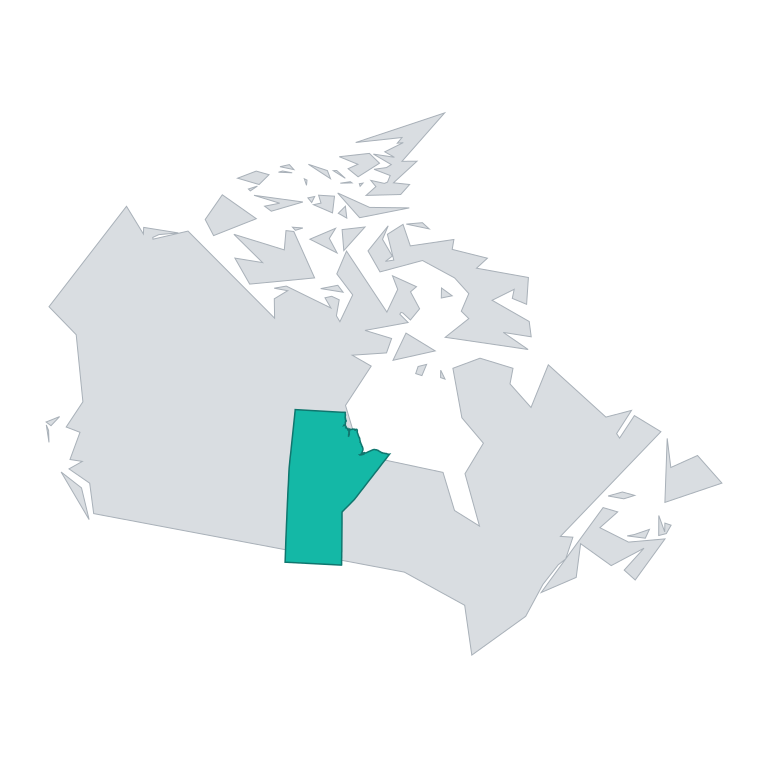 Canada, with Manitoba highlighted
{"feature_id": "CAN-630", "entity_name": "Manitoba", "entity_type": "Province", "adm_level": 1, "iso_a3": "CAN", "parent_name": "Canada", "parent_adm1": "", "projection": "albers", "projection_center": [-94.63, 54.496], "detail": "fine", "context": "in_parent", "style": "filled", "palette": "teal", "viewbox_px": 768, "rotation_deg": 0, "n_neighbors": 0, "source": "natural_earth", "source_scale": "10m", "svg_char_len": 8403}
<svg xmlns="http://www.w3.org/2000/svg" viewBox="0 0 768 768"><path d="M82.9,401.8L76.2,334.7L49.0,306.7L126.5,206.3L143.4,234.0L143.7,227.4L178.3,232.9L158.9,234.6L152.8,237.4L153.0,239.2L188.0,231.1L274.6,318.2L274.3,298.8L287.7,290.7L274.2,288.2L286.3,286.1L330.9,308.0L325.0,297.8L331.7,296.3L339.2,299.8L336.4,315.8L339.9,321.7L352.7,294.9L336.8,273.9L346.5,251.1L386.9,312.1L397.7,289.4L392.5,275.8L416.5,286.7L410.5,291.8L419.6,308.8L410.4,320.0L402.8,312.9L401.0,312.4L399.8,314.2L408.1,322.5L365.0,330.4L391.6,338.5L386.5,352.9L352.2,355.2L371.2,366.1L345.5,405.4L360.3,454.8L443.0,472.4L454.5,510.5L479.5,526.1L465.0,473.7L483.4,443.2L461.9,417.8L452.9,368.3L480.0,358.2L513.0,368.3L510.0,383.9L531.0,407.5L548.3,364.8L605.9,417.1L631.5,410.4L616.6,433.6L619.6,438.1L634.4,415.6L660.9,431.7L560.4,536.4L572.9,537.2L565.7,558.9L558.2,564.8L542.9,584.4L525.7,616.3L471.8,655.1L464.7,605.3L404.3,572.1L93.7,513.6L89.7,483.2L69.0,468.9L82.3,461.4L70.0,459.5L80.0,432.3L66.2,427.0L82.9,401.8ZM385.4,261.4L393.8,260.1L387.4,234.3L403.0,224.4L410.3,245.9L453.9,239.5L452.2,249.4L487.4,258.2L476.5,268.2L528.4,277.5L526.6,304.3L512.3,298.4L514.2,289.3L492.1,300.3L529.2,321.5L531.2,336.8L503.3,332.4L528.1,349.5L445.2,337.3L468.8,318.6L461.3,311.2L468.8,293.6L454.6,277.9L422.5,260.5L380.0,271.9L368.0,250.9L388.2,225.8L382.5,239.3L392.3,256.1L385.4,261.4ZM355.7,142.5L444.6,112.9L402.0,161.3L417.0,161.2L393.5,182.8L409.6,184.5L400.7,194.5L366.1,195.4L375.9,186.6L370.8,180.4L384.4,183.4L387.5,182.1L390.2,175.5L374.0,169.3L386.4,167.6L391.3,164.6L373.4,154.1L394.4,157.3L384.8,151.8L403.3,142.6L397.3,143.2L402.0,137.5L355.7,142.5ZM233.9,234.3L284.3,249.9L286.0,230.6L293.8,231.5L314.6,277.9L249.7,284.1L234.9,258.1L262.6,262.6L233.9,234.3ZM611.2,565.6L580.6,543.7L576.2,577.4L541.2,592.5L603.1,507.6L617.7,511.9L599.9,527.7L628.5,542.1L665.0,538.9L635.2,580.0L624.2,570.1L644.0,548.2L611.2,565.6ZM222.3,194.8L256.3,218.7L213.6,235.6L205.2,219.5L222.3,194.8ZM339.3,156.7L369.4,153.4L379.5,163.2L358.1,176.8L348.1,168.7L357.9,164.3L339.3,156.7ZM337.7,193.0L369.6,207.4L409.3,207.9L359.6,217.7L337.7,193.0ZM254.0,195.3L302.9,202.0L271.3,211.2L264.6,206.2L279.7,203.2L254.0,195.3ZM667.2,438.4L670.8,467.5L697.5,455.5L721.9,483.1L664.9,502.4L667.2,438.4ZM309.9,239.2L335.6,228.3L329.3,238.4L337.1,253.0L309.9,239.2ZM393.0,360.3L406.0,333.1L435.2,350.9L393.0,360.3ZM342.1,229.6L365.0,227.0L343.8,250.6L342.1,229.6ZM269.0,174.7L259.1,184.5L237.6,178.2L256.2,171.1L269.0,174.7ZM334.5,196.2L332.5,212.9L313.5,204.7L321.0,203.1L318.6,195.2L334.5,196.2ZM308.4,164.3L327.4,170.6L330.5,178.7L308.4,164.3ZM61.1,472.0L81.5,487.9L89.1,519.6L61.1,472.0ZM406.3,224.1L422.4,222.7L429.2,228.9L406.3,224.1ZM320.7,288.6L337.8,285.3L343.1,292.2L320.7,288.6ZM345.4,206.2L346.8,218.1L338.3,213.3L345.4,206.2ZM336.7,170.5L345.3,178.3L333.3,170.7L336.7,170.5ZM441.5,288.0L452.2,295.8L441.3,298.0L441.5,288.0ZM282.6,171.0L292.2,172.8L278.5,172.2L282.6,171.0ZM302.9,228.0L295.4,230.3L292.5,227.2L302.9,228.0ZM658.8,515.5L664.7,531.9L664.9,523.1L671.1,525.2L666.3,533.6L658.7,535.5L658.8,515.5ZM289.4,164.6L293.9,169.6L280.0,166.7L289.4,164.6ZM634.7,495.4L623.8,498.8L608.1,496.0L622.4,492.0L634.7,495.4ZM426.6,364.4L421.9,375.6L415.7,373.6L418.1,366.5L426.6,364.4ZM46.1,422.0L59.6,416.6L51.0,425.7L46.1,422.0ZM340.3,183.2L350.3,181.7L352.0,182.9L340.3,183.2ZM314.7,196.5L311.7,202.5L307.9,197.9L314.7,196.5ZM627.2,535.9L634.2,534.6L649.4,529.4L645.3,538.2L627.2,535.9ZM440.7,370.2L445.0,379.1L440.6,377.6L440.7,370.2ZM257.4,186.1L250.3,190.9L248.4,189.0L257.4,186.1ZM363.0,183.1L360.1,186.3L359.3,183.7L363.0,183.1ZM307.0,180.1L306.5,185.3L304.3,178.8L307.0,180.1ZM46.3,424.9L48.6,430.5L49.0,442.4L46.3,424.9Z" fill="#d9dde1" stroke="#a8b0b8" stroke-width="1"/><path d="M341.4,565.1L285.1,562.2L285.2,559.7L285.3,556.7L285.6,547.8L285.7,544.8L285.8,541.9L285.9,538.9L286.3,529.9L286.4,527.0L286.5,524.0L286.8,518.0L286.9,515.1L287.0,512.1L287.3,506.1L287.4,503.1L287.7,497.2L287.8,494.2L288.1,488.2L288.3,485.3L288.6,479.3L288.7,476.3L289.0,470.4L289.2,467.4L289.7,462.3L290.2,457.3L290.8,452.3L291.3,447.2L294.6,415.9L294.9,412.8L295.1,411.2L295.2,409.6L342.1,412.3L345.2,412.3L345.3,412.4L345.2,412.6L345.1,412.8L345.1,413.0L345.2,413.3L345.2,413.5L345.2,413.9L345.4,414.5L345.3,414.8L345.4,415.1L345.4,415.4L345.4,415.7L345.3,415.8L345.2,416.1L345.3,416.9L345.3,417.0L345.2,417.1L345.1,417.3L345.2,417.6L345.2,417.8L345.3,418.0L345.5,418.2L345.5,418.3L345.4,418.4L345.3,418.5L345.3,418.9L345.3,419.0L345.5,419.1L345.5,419.3L345.5,419.5L345.6,419.8L345.8,420.0L345.7,420.1L345.7,420.6L345.8,420.6L345.8,420.8L345.8,421.0L345.7,421.3L345.8,421.4L346.1,421.2L346.1,421.3L345.9,421.6L345.7,421.6L345.7,421.8L345.8,421.8L345.5,421.9L345.4,422.0L345.5,422.2L345.4,422.4L345.3,422.5L345.4,422.8L345.4,423.0L345.4,423.3L345.3,423.5L345.4,423.8L345.3,424.2L345.3,424.3L345.3,424.8L344.9,425.0L344.5,425.0L344.0,425.0L343.8,425.4L344.0,425.3L345.1,425.2L345.2,425.3L345.2,425.5L345.2,425.8L345.5,426.0L345.8,426.1L346.0,426.4L346.1,426.8L346.0,427.1L346.0,427.3L345.8,427.7L345.7,427.8L345.7,428.0L345.7,428.3L345.6,428.5L346.1,427.9L346.3,427.8L346.6,427.8L347.0,428.2L347.3,428.4L347.5,428.7L347.6,429.0L347.7,429.7L347.8,430.0L348.1,430.1L348.4,430.1L348.9,429.7L348.9,429.4L349.0,429.2L349.4,428.9L349.5,428.8L349.4,429.0L349.4,429.3L349.3,429.6L349.3,429.8L349.3,430.0L349.5,430.2L349.5,430.4L349.5,430.5L349.4,430.7L349.3,430.9L349.1,431.0L348.8,431.6L348.8,432.0L348.9,432.8L348.8,433.3L348.9,433.8L348.9,434.0L348.6,434.5L348.6,434.8L348.6,435.0L348.6,435.4L348.6,435.7L348.5,436.0L348.4,436.6L348.3,436.8L348.6,436.3L348.7,436.0L348.8,435.9L348.9,435.3L349.0,435.2L349.1,434.9L349.3,434.6L349.3,434.3L349.3,434.0L349.3,433.9L349.3,432.9L349.3,432.6L349.2,432.3L349.2,432.2L349.2,431.8L349.2,431.7L349.3,431.4L349.7,430.8L349.8,430.5L349.8,430.4L349.7,430.2L349.8,430.0L349.9,429.9L349.9,429.6L349.8,429.4L349.7,429.2L349.9,429.3L350.1,429.4L350.6,429.3L351.8,429.5L352.0,429.4L352.2,429.2L352.3,429.2L352.5,429.3L352.7,429.2L352.9,429.1L353.0,429.0L354.1,429.4L354.3,429.3L354.6,429.2L354.7,429.3L354.8,429.5L354.8,429.8L354.8,430.0L355.0,430.1L355.3,430.2L355.6,429.6L355.8,429.4L356.5,429.3L356.8,429.4L357.0,429.6L357.1,429.8L357.2,430.4L357.3,430.6L357.2,430.8L357.2,431.0L357.2,431.6L357.3,431.7L357.3,432.0L357.3,432.4L357.3,432.6L357.4,432.8L357.6,433.3L357.9,434.0L358.0,434.5L358.1,434.8L358.2,435.0L358.4,435.5L358.5,435.8L358.5,436.1L358.6,436.3L358.8,436.6L358.8,436.8L358.9,437.1L359.0,437.2L359.3,437.4L359.4,437.5L359.4,437.8L359.4,438.0L359.5,438.1L359.6,438.5L359.8,438.8L359.8,439.2L359.8,439.9L360.2,441.1L360.3,441.7L360.1,442.1L360.4,442.2L360.5,442.3L360.6,442.7L360.8,443.1L361.0,443.8L361.4,444.4L361.4,444.6L361.5,444.8L361.8,445.6L361.8,446.0L362.1,446.4L362.3,446.5L362.4,446.8L362.4,447.1L362.5,447.2L362.6,447.3L362.7,447.7L362.8,448.3L362.9,448.7L363.0,449.0L362.9,449.6L362.9,450.1L362.7,450.6L362.1,452.2L361.8,453.0L361.3,453.7L361.1,454.1L361.0,454.3L360.9,454.4L360.6,454.5L360.0,454.9L359.7,454.9L359.8,455.0L360.8,454.7L361.2,454.5L362.2,453.4L362.6,453.1L364.2,452.7L364.4,452.6L364.5,452.6L364.6,452.9L364.5,453.0L364.4,453.0L364.2,453.1L363.7,453.9L363.6,454.0L363.2,454.1L362.9,454.4L362.8,454.5L363.2,454.4L363.8,454.2L364.6,453.3L365.4,453.0L366.5,452.7L368.0,451.9L370.1,451.0L372.1,450.1L373.4,449.6L374.7,449.5L376.0,449.9L376.6,449.8L376.8,449.9L377.3,450.2L377.5,450.3L377.9,450.3L378.1,450.4L378.3,450.5L378.4,450.8L378.9,450.9L379.3,451.3L380.0,451.6L380.1,451.8L380.8,452.0L381.4,452.6L381.6,452.7L382.3,452.7L382.7,453.0L384.6,453.3L385.1,453.5L385.3,453.6L386.0,453.4L386.2,453.5L386.6,453.7L387.0,453.8L387.6,454.1L388.2,454.1L388.4,454.2L388.5,454.3L388.8,454.4L389.0,454.3L389.5,454.2L387.5,456.8L385.8,459.1L384.0,461.3L382.2,463.6L379.7,466.9L377.2,470.2L374.6,473.4L372.1,476.7L369.7,479.7L367.4,482.7L365.1,485.7L362.8,488.7L361.4,490.4L360.1,492.1L358.8,493.8L357.5,495.5L356.6,496.7L355.6,497.9L354.7,499.1L353.7,500.2L351.8,502.1L349.9,504.1L348.0,506.0L346.0,508.0L345.6,508.4L345.1,508.8L344.7,509.3L344.3,509.7L343.8,510.2L343.3,510.7L342.8,511.2L342.4,511.7L342.1,512.0L342.0,512.8L342.0,518.2L342.0,523.7L341.9,534.6L341.8,547.1L341.8,551.3L341.7,552.8L341.7,554.4L341.7,555.4L341.7,556.4L341.7,557.6L341.6,559.3L341.6,559.8L341.6,560.7L341.6,561.9L341.6,563.5L341.6,564.9L341.6,565.0L341.4,565.1Z" fill="#14b8a6" stroke="#0f766e" stroke-width="1.5"/></svg>